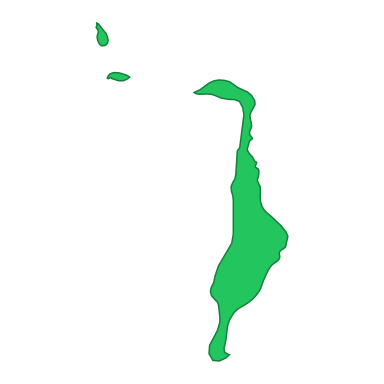 an SVG outline of Antique
{"feature_id": "PHL-2526", "entity_name": "Antique", "entity_type": "Province", "adm_level": 1, "iso_a3": "PHL", "parent_name": "Philippines", "parent_adm1": "", "projection": "mercator", "projection_center": [121.948, 11.272], "detail": "fine", "context": "isolated", "style": "filled", "palette": "green", "viewbox_px": 384, "rotation_deg": 0, "n_neighbors": 0, "source": "natural_earth", "source_scale": "10m", "svg_char_len": 2070}
<svg xmlns="http://www.w3.org/2000/svg" viewBox="0 0 384 384"><path d="M229.4,354.8L225.9,357.9L219.3,361.0L212.9,360.4L209.0,353.7L209.6,345.3L217.4,330.6L219.9,322.0L219.9,317.5L218.5,304.9L217.3,302.0L211.8,296.2L210.4,291.8L211.0,288.2L213.8,282.3L215.0,276.2L218.5,265.8L231.7,243.4L233.3,234.1L233.3,200.0L232.8,195.8L231.5,191.2L231.1,186.6L232.7,182.7L234.9,178.9L235.8,174.7L237.3,151.1L237.8,150.1L238.7,149.1L239.7,147.7L243.9,114.9L242.8,107.7L239.5,101.5L234.7,99.6L228.6,99.4L221.2,98.1L214.5,95.3L211.3,94.3L207.0,94.0L199.7,94.2L196.2,93.8L194.1,92.5L200.3,89.6L208.7,83.2L214.0,80.8L219.0,80.0L224.6,80.4L229.8,81.8L237.8,87.6L247.5,92.0L251.5,95.4L254.7,100.6L255.1,104.3L253.4,107.8L250.7,112.6L249.9,116.0L250.4,119.4L251.2,122.9L251.6,126.3L251.1,128.2L250.2,129.9L249.6,131.8L249.7,134.2L250.2,135.2L252.0,137.6L252.4,138.4L251.9,139.3L249.9,140.6L249.4,141.4L247.4,148.4L247.3,150.1L248.7,152.8L252.7,157.3L254.3,160.6L255.1,161.5L256.1,161.9L256.7,162.5L256.2,164.1L255.6,165.1L255.3,165.8L255.3,166.4L255.6,167.3L256.1,167.8L257.0,168.2L258.1,168.9L258.7,170.1L258.9,171.6L258.6,175.4L258.2,177.3L257.6,178.8L257.3,180.4L258.2,182.5L260.1,186.4L260.4,191.4L260.2,196.6L260.5,201.4L261.8,205.9L263.7,209.4L266.3,212.3L270.1,215.4L280.6,225.3L285.6,231.3L287.9,236.3L285.5,246.9L284.3,248.1L281.1,250.1L279.9,251.3L279.3,253.3L279.8,257.1L279.2,259.0L277.6,260.9L272.8,264.3L270.8,266.2L268.1,270.4L263.7,279.9L260.4,289.0L258.0,293.0L255.0,296.6L251.9,299.8L247.3,303.3L237.8,309.0L233.8,312.9L229.7,319.6L227.6,325.7L225.9,339.9L224.0,348.6L224.7,352.3L228.6,354.6L229.4,354.8ZM106.1,33.6L107.3,36.6L108.1,40.0L107.5,43.2L105.2,45.5L101.7,45.9L99.3,43.9L97.8,40.6L97.1,37.4L97.2,35.9L98.4,31.8L97.8,29.7L96.7,28.4L96.1,27.2L97.1,25.1L96.6,23.6L96.7,23.0L98.4,23.9L106.1,33.6ZM119.4,72.9L126.5,75.1L129.6,77.0L127.9,78.7L123.6,80.7L119.1,80.8L115.8,79.9L113.7,79.1L112.7,78.9L111.7,78.5L110.9,77.6L110.0,77.8L108.3,78.7L107.3,78.2L107.9,76.4L109.8,74.0L113.2,72.7L115.2,72.6L119.4,72.9Z" fill="#22c55e" stroke="#15803d" stroke-width="1.5"/></svg>